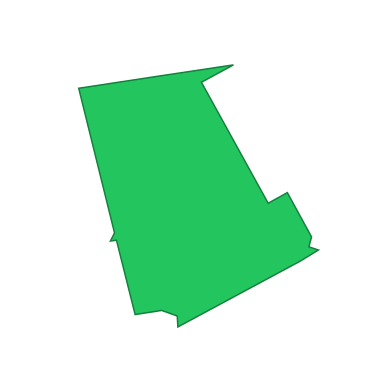 Bleckley, Georgia, United States of America, rotated 286°
{"feature_id": "52423323B95908635814983", "entity_name": "Bleckley", "entity_type": "district", "adm_level": 2, "iso_a3": "USA", "parent_name": "United States of America", "parent_adm1": "Georgia", "projection": "mercator", "projection_center": [-83.355, 32.428], "detail": "fine", "context": "isolated", "style": "filled", "palette": "green", "viewbox_px": 384, "rotation_deg": 286, "n_neighbors": 0, "source": "geoboundaries", "source_scale": "gbopen_adm2", "svg_char_len": 381}
<svg xmlns="http://www.w3.org/2000/svg" viewBox="0 0 384 384"><g transform="rotate(286 192 192)"><path d="M58.5,171.1L69.8,195.5L68.7,212.0L58.4,215.6L155.3,315.0L171.1,329.5L171.5,319.5L181.8,319.3L217.7,283.8L202.2,268.3L300.1,170.8L325.6,196.8L295.5,130.8L260.5,54.5L131.3,128.8L122.4,127.1L124.8,132.7L58.5,171.1Z" fill="#22c55e" stroke="#15803d" stroke-width="1.5"/></g></svg>